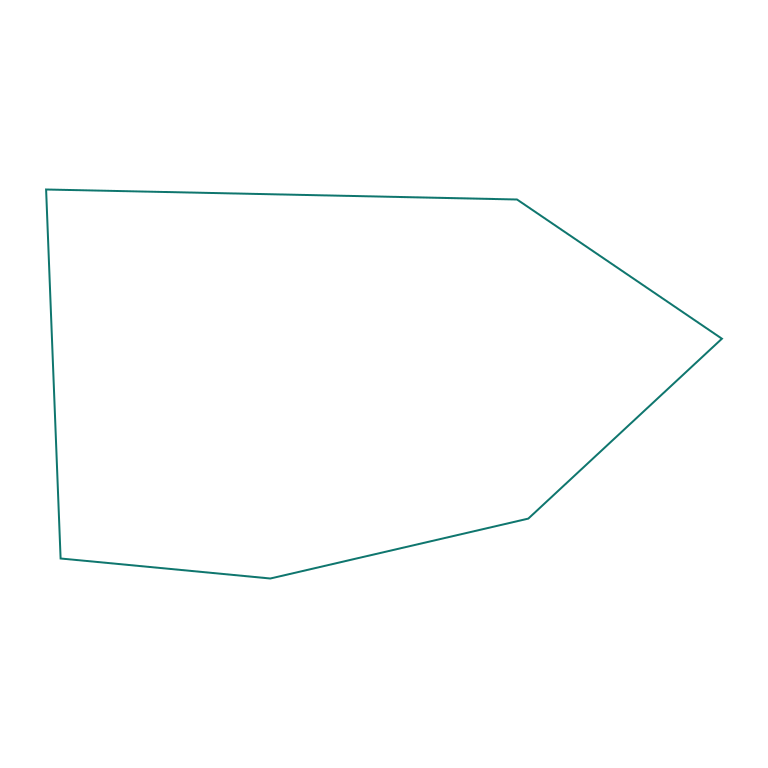 Ta' Xbiex, Natural Earth projection
{"feature_id": "MLT-5941", "entity_name": "Ta' Xbiex", "entity_type": "state/province", "adm_level": 1, "iso_a3": "MLT", "parent_name": "Malta", "parent_adm1": "", "projection": "natural_earth1", "projection_center": [14.496, 35.895], "detail": "fine", "context": "isolated", "style": "outline", "palette": "teal", "viewbox_px": 768, "rotation_deg": 0, "n_neighbors": 0, "source": "natural_earth", "source_scale": "10m", "svg_char_len": 209}
<svg xmlns="http://www.w3.org/2000/svg" viewBox="0 0 768 768"><path d="M721.9,338.7L528.3,518.6L270.3,578.5L60.6,558.5L46.1,189.5L517.0,199.5L721.9,338.7Z" fill="none" stroke="#0f766e" stroke-width="2"/></svg>